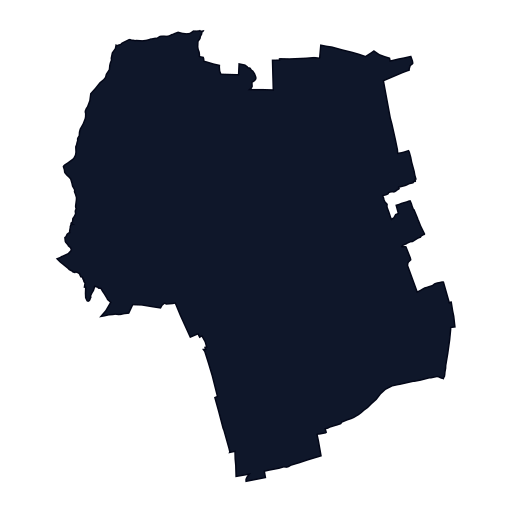 Negresti, Vaslui, Romania (Mercator projection), rotated 90°
{"feature_id": "2599482B79763649175164", "entity_name": "Negresti", "entity_type": "district", "adm_level": 2, "iso_a3": "ROU", "parent_name": "Romania", "parent_adm1": "Vaslui", "projection": "mercator", "projection_center": [27.465, 46.836], "detail": "fine", "context": "isolated", "style": "filled", "palette": "ink", "viewbox_px": 512, "rotation_deg": 90, "n_neighbors": 0, "source": "geoboundaries", "source_scale": "gbopen_adm2", "svg_char_len": 5951}
<svg xmlns="http://www.w3.org/2000/svg" viewBox="0 0 512 512"><g transform="rotate(90 256 256)"><path d="M258.8,454.9L261.9,451.8L268.2,444.0L269.6,442.7L271.2,439.7L271.9,439.1L272.5,437.1L272.0,436.6L272.0,435.9L272.9,433.6L273.6,432.8L273.7,432.4L274.8,432.1L276.8,431.1L276.8,430.3L277.5,429.5L279.4,428.8L280.0,428.3L280.5,428.3L280.5,427.9L281.7,428.0L282.9,426.9L287.1,427.6L287.3,426.3L293.3,426.5L297.7,426.3L300.7,424.9L301.0,424.4L301.1,423.5L300.4,422.6L299.5,422.1L298.4,421.8L297.4,421.2L296.3,421.4L295.4,421.3L292.5,419.9L291.5,419.2L290.2,418.5L286.3,417.3L286.2,417.0L286.7,416.0L287.1,414.3L288.1,413.5L288.3,411.1L291.4,409.3L293.7,407.7L298.5,404.8L299.5,404.4L302.3,401.2L310.7,406.1L316.4,411.0L315.8,407.6L314.8,403.4L314.5,399.1L314.1,396.8L314.5,393.4L314.4,391.4L313.6,388.0L313.1,383.3L304.6,379.3L304.9,370.2L306.6,360.0L307.9,351.5L305.2,350.0L303.2,347.7L303.1,347.4L304.0,345.7L303.5,339.4L303.0,336.8L304.4,336.1L315.3,331.6L337.1,321.7L333.8,314.0L337.2,312.3L335.8,310.1L341.7,306.8L347.1,305.3L347.4,307.0L349.3,306.3L349.5,308.6L351.4,307.2L363.4,303.4L375.8,299.7L396.5,294.5L397.6,297.1L411.3,293.3L428.2,288.9L430.4,288.0L448.6,282.9L452.0,282.1L452.4,282.3L451.3,277.0L459.0,276.8L465.6,276.2L476.4,275.9L474.1,262.6L476.9,264.8L478.4,265.6L479.8,266.0L481.3,265.9L477.5,246.6L471.2,247.7L470.1,243.0L468.2,233.0L466.8,228.3L467.1,225.3L466.5,223.4L465.2,221.3L462.3,211.7L459.8,204.2L455.8,191.0L441.0,193.6L434.4,195.0L434.1,194.4L433.9,192.2L432.8,186.5L432.3,185.8L428.7,186.9L428.1,184.2L427.1,182.4L423.8,171.7L423.5,171.2L422.1,170.3L419.9,165.0L418.5,160.8L417.4,158.3L414.4,153.3L412.5,150.8L410.0,148.0L407.5,144.5L403.6,140.6L399.3,135.8L393.8,131.6L389.3,126.7L385.8,119.9L384.6,114.4L384.2,111.9L381.3,99.1L381.2,97.4L380.1,91.6L377.8,82.8L377.8,81.2L376.5,75.2L376.7,73.6L378.0,70.8L378.4,69.1L378.6,68.7L377.3,68.2L376.4,67.6L374.6,67.3L372.1,67.1L368.2,66.4L365.5,66.3L353.6,64.3L340.0,62.4L329.8,61.4L327.4,61.3L326.9,57.1L316.2,58.3L310.9,59.4L302.1,60.8L302.2,61.6L302.9,62.7L282.1,68.6L282.0,68.8L282.0,69.9L282.6,72.4L283.0,74.7L283.7,76.9L284.0,77.5L285.6,79.5L286.8,83.3L287.5,85.3L287.9,87.1L289.1,89.3L290.4,91.4L292.1,94.8L265.5,104.5L263.3,104.2L262.1,103.7L259.8,101.3L258.0,101.7L246.9,106.1L246.8,106.4L246.7,107.7L246.9,109.6L246.8,110.2L246.4,110.3L245.2,109.1L244.9,108.2L244.5,107.8L243.9,105.9L243.2,105.0L241.7,101.7L241.5,99.5L238.1,94.2L237.8,93.2L237.4,92.5L237.2,91.6L235.9,90.8L234.6,88.5L234.4,87.7L234.0,87.5L225.9,91.5L220.3,93.7L219.6,94.2L218.5,94.4L209.8,98.0L209.7,98.4L209.6,98.6L206.3,99.9L203.6,100.7L200.9,101.9L201.1,103.1L201.9,105.1L203.4,110.4L204.5,113.0L205.3,115.8L213.5,113.6L214.6,116.3L217.8,118.1L219.4,120.6L217.0,121.6L212.3,123.1L207.5,124.9L206.0,125.1L204.5,124.9L203.9,125.2L202.2,126.9L201.1,127.5L199.8,128.1L198.1,128.4L195.8,129.4L195.5,129.1L194.8,126.2L194.0,124.3L193.7,123.9L192.6,123.4L191.9,121.5L191.7,119.6L191.9,118.5L191.7,117.4L190.7,115.8L189.9,114.9L188.8,113.0L188.6,112.9L187.8,113.4L187.2,113.4L185.5,106.8L184.9,105.3L183.7,103.0L182.8,99.1L182.5,98.8L181.9,98.8L181.6,98.6L181.4,97.0L181.3,96.7L180.9,96.6L179.4,97.2L179.2,97.0L179.0,96.1L175.2,97.2L171.3,97.9L162.1,100.4L157.4,101.3L152.0,102.8L150.7,103.5L152.2,108.2L152.8,110.6L153.4,114.3L149.7,114.6L139.9,116.6L124.2,120.1L117.8,121.8L80.9,128.6L80.7,128.6L72.7,109.9L70.8,104.9L70.2,102.9L68.7,102.8L65.5,101.8L63.9,99.7L63.4,99.3L62.8,99.3L61.0,99.6L56.5,101.2L58.1,108.3L59.0,113.2L60.6,119.8L61.0,121.9L58.2,122.5L56.7,127.4L54.7,132.8L51.0,138.1L52.8,140.6L56.6,146.5L54.3,153.2L52.4,159.8L49.9,170.0L47.1,180.1L46.3,185.7L45.2,191.2L57.8,192.3L58.1,192.5L58.2,192.9L57.7,196.9L57.7,199.1L58.3,206.1L59.0,222.6L58.8,231.9L58.9,232.5L60.2,232.5L60.3,239.5L90.0,238.7L89.7,248.7L89.7,258.6L89.6,262.5L88.2,260.8L86.4,259.9L82.4,260.1L81.9,259.6L81.4,258.6L80.4,257.3L78.8,256.2L77.3,256.2L73.8,257.5L71.1,259.3L70.3,260.6L68.3,261.9L68.0,262.6L68.1,263.2L67.9,263.7L67.5,264.3L66.8,264.8L65.1,267.1L63.9,272.9L74.8,273.4L74.3,291.1L71.6,292.2L70.8,292.4L66.9,292.7L65.4,292.6L64.1,298.4L62.0,305.4L61.3,308.1L58.6,308.4L57.4,308.8L56.8,311.9L56.4,312.6L54.5,312.6L52.1,312.9L49.4,313.9L46.9,314.3L41.7,314.1L40.9,313.8L39.4,312.6L38.3,312.0L36.2,311.6L34.3,310.5L31.8,310.0L31.5,309.6L31.4,309.1L31.0,308.9L31.3,310.3L31.3,310.9L31.1,311.7L30.7,312.1L30.9,312.4L31.2,315.5L31.1,318.6L32.7,320.8L33.6,322.4L33.9,325.5L33.4,329.8L32.3,333.9L33.6,337.4L34.5,339.2L34.6,340.1L35.7,342.2L36.2,343.7L36.4,345.5L36.2,348.1L36.3,351.1L36.6,352.3L38.5,355.2L38.3,355.9L38.4,357.3L39.0,360.1L39.1,361.3L39.7,362.9L40.4,365.6L40.7,368.1L40.9,369.6L40.5,375.6L40.7,376.9L40.3,378.7L40.3,380.2L39.6,382.1L39.7,382.9L42.6,388.8L43.5,390.4L44.4,391.0L44.7,391.7L45.0,393.1L45.6,394.7L45.6,395.3L45.2,395.9L48.7,396.6L52.9,399.6L58.2,400.7L60.2,400.5L63.0,401.6L65.5,402.2L69.7,402.6L74.3,405.6L77.4,406.4L79.7,408.2L82.7,411.9L88.6,416.6L93.7,421.2L100.7,422.1L106.8,424.4L108.5,425.6L110.9,426.6L112.0,426.7L113.7,426.3L116.9,426.4L118.9,426.8L124.0,428.8L129.1,431.7L132.1,432.5L135.7,432.7L138.0,434.1L139.0,434.4L140.6,434.3L142.9,435.0L144.5,435.3L146.8,436.2L152.2,436.0L154.7,436.4L155.4,436.6L158.1,438.0L159.1,438.9L163.1,444.3L164.8,447.0L165.8,448.1L166.6,448.6L169.7,447.6L172.2,447.3L173.2,446.7L175.3,444.9L176.9,443.1L178.9,441.3L183.3,440.0L186.1,439.4L189.0,437.7L190.2,437.3L191.7,437.5L194.5,436.4L197.6,435.5L200.1,435.6L206.2,436.4L208.1,436.1L208.6,435.6L209.0,435.6L210.0,436.4L211.2,436.7L213.9,436.4L216.5,437.7L218.5,439.1L222.0,439.5L223.0,440.7L223.8,439.9L224.2,439.3L224.1,440.7L224.7,440.5L224.8,441.1L226.6,441.7L227.6,441.7L231.2,442.4L232.6,442.2L232.9,443.1L233.6,444.1L234.3,444.9L236.7,446.0L237.6,447.1L241.3,446.7L242.2,446.3L244.9,444.0L245.8,443.6L247.7,441.4L249.6,440.7L250.2,440.8L251.1,441.3L252.6,442.8L253.6,443.6L256.3,449.4L256.7,450.7L257.3,451.1L258.8,454.9Z" fill="#0f172a" stroke="#020617" stroke-width="1.5"/></g></svg>